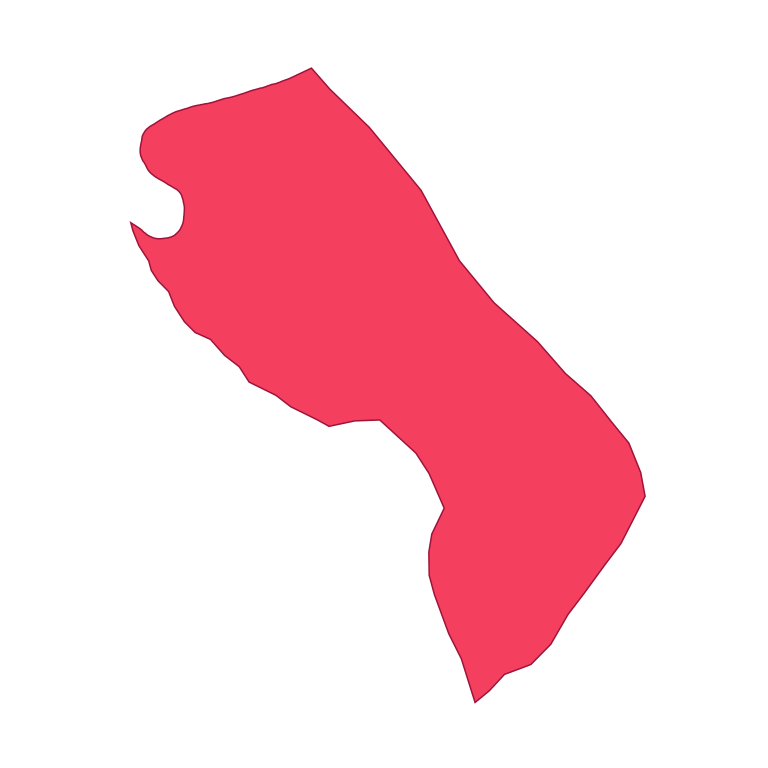 Changsong, P'yŏngan-bukto, North Korea (Equal Earth projection), rotated 8°
{"feature_id": "82179303B23970649452661", "entity_name": "Changsong", "entity_type": "district", "adm_level": 2, "iso_a3": "PRK", "parent_name": "North Korea", "parent_adm1": "P'yŏngan-bukto", "projection": "equal_earth", "projection_center": [125.074, 40.388], "detail": "fine", "context": "isolated", "style": "filled", "palette": "rose", "viewbox_px": 768, "rotation_deg": 8, "n_neighbors": 0, "source": "geoboundaries", "source_scale": "gbopen_adm2", "svg_char_len": 3816}
<svg xmlns="http://www.w3.org/2000/svg" viewBox="0 0 768 768"><g transform="rotate(8 384 384)"><path d="M268.2,81.3L267.3,81.9L266.0,82.7L264.6,83.7L262.9,84.8L261.2,85.9L259.9,86.8L258.6,87.6L257.4,88.4L256.2,89.2L255.0,89.9L253.8,90.8L252.4,91.7L251.0,92.6L249.6,93.5L248.4,94.3L246.9,95.2L245.6,95.9L244.6,96.4L243.4,97.0L242.0,97.8L240.4,98.6L239.0,99.6L237.5,100.3L235.9,101.2L234.3,101.9L232.7,102.5L231.1,103.0L230.7,103.2L230.1,103.6L228.6,104.4L227.1,105.1L225.7,106.0L224.1,106.7L222.4,107.6L220.8,108.1L219.5,108.6L218.0,109.3L216.3,110.0L215.0,110.6L213.4,111.2L211.8,112.0L210.5,112.6L209.5,113.2L207.7,114.1L206.0,115.0L204.6,115.7L203.2,116.4L201.8,117.0L200.0,117.9L198.6,118.6L197.2,119.3L195.4,120.1L194.0,120.7L192.6,121.3L191.0,121.9L189.6,122.4L188.3,122.9L187.6,123.1L186.3,123.5L184.8,124.2L183.5,124.8L182.4,125.4L181.1,126.0L179.8,126.6L178.7,127.2L177.5,127.8L176.2,128.4L174.3,129.3L172.9,129.7L171.5,130.4L170.0,130.9L168.4,131.3L166.8,131.8L165.5,132.4L163.9,132.8L162.6,133.4L161.1,133.8L159.8,134.2L158.6,134.8L157.2,135.2L156.0,135.7L154.6,136.4L153.2,137.1L152.2,137.6L151.1,138.2L149.6,138.9L148.5,139.3L147.3,139.9L146.2,140.4L145.0,141.0L143.8,141.6L142.9,142.0L141.8,142.5L140.9,142.9L139.6,143.6L138.3,144.4L136.8,145.3L135.6,146.2L134.6,146.9L133.4,147.7L132.2,148.6L131.1,149.5L130.1,150.4L128.8,151.4L127.5,152.4L126.3,153.3L125.3,154.1L124.6,154.7L123.6,155.6L122.6,156.4L121.7,157.2L120.8,158.1L119.7,158.9L118.7,159.7L117.8,160.4L117.0,161.0L116.1,161.8L115.4,162.6L114.7,163.4L114.0,164.1L113.3,164.9L112.9,165.5L112.4,166.4L111.9,167.4L111.4,168.5L111.0,169.5L110.6,170.6L110.3,171.5L110.1,172.5L110.1,173.9L110.1,175.0L110.2,176.2L110.1,177.5L109.9,178.8L109.9,180.1L109.8,181.5L109.8,183.3L109.8,184.8L110.0,186.2L110.1,187.3L110.2,188.1L110.4,188.9L110.7,189.9L111.0,190.9L111.4,191.9L112.0,193.0L112.4,193.7L113.0,194.7L113.8,196.0L114.4,196.9L115.4,197.7L116.1,198.7L116.9,199.6L117.6,200.6L118.4,201.8L119.0,202.8L119.9,204.0L120.7,205.0L121.5,205.8L122.6,206.8L124.2,208.0L125.6,208.8L127.0,209.7L128.4,210.5L130.0,211.2L131.4,211.8L132.7,212.4L134.2,212.9L135.8,213.5L137.0,214.0L138.5,214.6L140.0,215.3L141.6,216.1L143.2,216.8L144.9,217.4L146.5,218.1L148.4,218.9L150.2,219.6L151.8,220.3L153.0,221.0L154.2,221.9L155.3,222.9L156.2,223.9L156.8,224.6L157.3,225.3L157.9,226.7L158.6,228.1L159.2,229.3L159.8,230.9L160.2,232.4L160.8,233.7L161.2,234.9L161.6,236.3L161.9,237.8L162.1,239.9L162.3,241.9L162.4,243.9L162.5,244.9L162.5,246.4L162.6,248.0L162.7,249.7L162.6,251.5L162.4,253.1L162.1,254.5L161.7,255.9L161.2,257.4L160.8,258.7L160.4,259.7L159.8,260.8L159.1,261.8L158.3,263.0L157.4,264.0L156.6,265.0L155.7,266.1L154.6,266.8L153.5,267.6L152.4,268.2L151.2,268.7L150.0,269.2L148.9,269.6L147.5,270.0L146.0,270.3L144.8,270.7L143.5,271.0L142.3,271.3L141.0,271.5L139.2,271.6L138.5,271.6L137.2,271.6L135.9,271.5L134.8,271.3L133.6,270.9L132.4,270.6L131.4,270.3L130.3,269.9L129.1,269.4L128.3,269.0L127.2,268.3L126.1,267.6L125.1,267.2L123.9,266.3L123.2,265.6L122.0,264.9L120.9,264.2L119.9,263.7L118.7,263.1L117.2,262.5L116.0,261.8L114.7,261.3L113.7,260.9L112.6,260.3L111.2,259.7L110.8,259.5L114.1,267.3L122.0,281.1L133.9,294.9L137.8,304.0L145.8,313.2L157.9,322.5L165.7,336.3L177.7,350.1L189.8,359.3L206.0,364.0L222.1,377.8L238.3,387.1L250.2,400.9L278.7,410.3L294.8,419.5L323.3,428.9L332.0,432.2L335.4,433.6L360.2,424.6L384.8,420.2L405.0,434.1L425.2,448.0L441.1,466.4L460.9,498.6L452.2,526.0L451.8,544.3L455.4,567.2L463.2,585.5L482.9,622.3L498.8,645.3L518.5,686.7L531.0,673.1L543.7,654.8L568.5,641.3L585.4,618.5L598.3,586.6L611.1,563.8L628.1,531.9L640.8,509.1L658.2,458.9L650.5,435.9L634.7,408.4L614.6,389.9L590.5,366.9L562.2,348.4L530.1,320.7L481.7,288.3L441.6,251.5L393.8,187.1L333.7,131.9L289.4,99.6L268.2,81.3Z" fill="#f43f5e" stroke="#9f1239" stroke-width="1.5"/></g></svg>